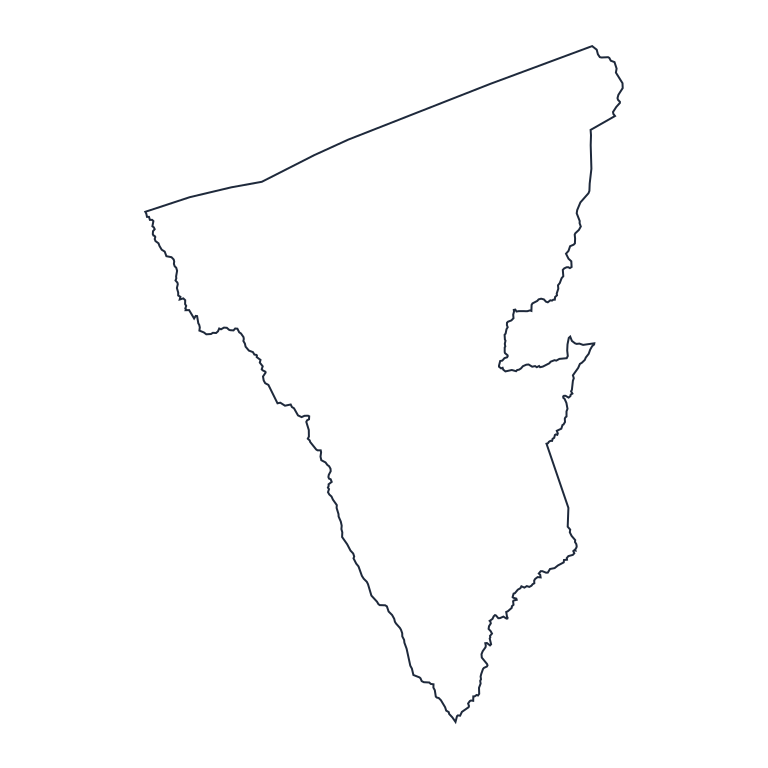 Chifunde, Tete, Mozambique
{"feature_id": "85939544B38440784035247", "entity_name": "Chifunde", "entity_type": "district", "adm_level": 2, "iso_a3": "MOZ", "parent_name": "Mozambique", "parent_adm1": "Tete", "projection": "robinson", "projection_center": [32.901, -14.712], "detail": "fine", "context": "isolated", "style": "outline", "palette": "slate", "viewbox_px": 768, "rotation_deg": 0, "n_neighbors": 0, "source": "geoboundaries", "source_scale": "gbopen_adm2", "svg_char_len": 6110}
<svg xmlns="http://www.w3.org/2000/svg" viewBox="0 0 768 768"><path d="M615.0,116.0L613.4,114.0L613.0,112.0L616.3,106.9L619.9,102.9L619.9,101.8L618.0,99.8L617.5,98.1L618.4,94.8L622.7,88.1L622.5,83.2L615.9,72.6L616.6,68.6L614.5,62.1L610.8,60.7L609.3,57.9L608.1,57.2L601.4,57.5L599.8,57.1L597.9,54.3L596.7,49.7L592.1,46.1L490.2,83.9L348.3,139.6L314.3,155.1L261.8,181.8L231.4,187.3L189.7,197.2L145.3,211.8L146.3,213.7L147.0,216.9L149.0,216.9L149.9,219.9L152.2,219.9L153.4,221.1L152.4,226.3L153.8,227.3L154.7,229.2L153.0,231.2L152.8,234.2L153.5,235.6L154.5,235.8L155.3,237.0L154.7,239.0L155.5,241.1L158.5,243.3L159.5,246.0L161.7,249.7L164.7,251.6L166.4,256.2L171.5,257.2L173.7,259.5L174.2,261.5L173.9,263.9L174.7,266.3L176.2,267.7L177.1,270.8L176.1,276.4L176.3,278.4L175.5,280.5L177.4,282.6L177.8,284.2L176.9,288.0L178.2,292.6L178.2,295.5L180.4,296.8L179.7,299.5L183.3,298.4L185.2,300.2L185.1,304.1L186.2,305.9L185.3,308.5L185.9,309.2L185.6,310.2L189.1,310.1L194.1,318.5L195.7,315.9L197.1,316.1L198.3,323.3L199.2,324.8L199.8,327.4L199.4,330.6L203.8,332.4L206.3,334.3L211.0,334.0L212.9,332.8L216.1,333.0L218.0,331.3L219.2,328.5L221.0,329.3L224.0,327.6L226.8,327.8L229.2,329.9L230.3,330.2L233.5,330.4L235.2,328.5L237.4,328.7L239.2,332.3L241.0,333.5L243.5,337.1L243.8,339.0L243.4,341.0L244.9,343.6L245.6,346.7L248.9,350.6L252.9,352.1L254.4,354.6L256.4,354.9L256.9,355.4L256.7,357.1L260.5,359.9L259.8,362.6L262.7,366.3L261.7,369.3L262.6,370.3L265.4,371.7L265.6,372.6L263.0,376.5L263.7,380.5L265.2,383.2L268.4,384.9L277.5,403.3L280.3,402.7L285.0,405.7L290.7,404.5L291.9,407.0L294.0,408.3L298.0,415.4L301.6,417.1L304.5,415.8L308.0,415.7L309.2,416.3L309.0,419.3L307.1,420.3L306.3,421.9L308.8,430.0L308.9,436.6L307.8,438.7L309.7,440.4L310.2,442.0L316.2,449.5L317.5,450.3L320.7,450.3L321.1,452.2L320.5,456.6L321.3,460.2L325.5,462.4L327.4,465.0L329.1,466.2L330.5,468.7L330.7,471.2L328.8,474.8L328.4,477.0L329.0,478.6L330.7,479.3L331.7,481.9L328.6,484.3L328.6,486.1L327.9,487.6L329.0,489.1L328.0,492.2L329.3,494.5L331.5,496.5L332.9,499.6L336.8,505.1L336.6,507.9L338.5,514.1L338.6,516.5L340.8,521.6L341.7,525.7L341.4,529.1L342.3,532.3L342.1,537.0L347.2,544.3L350.5,550.6L353.2,553.5L354.2,556.5L353.5,558.3L356.2,563.6L358.5,566.4L361.9,575.9L363.7,578.7L366.8,581.8L368.0,584.2L371.4,595.6L377.0,601.7L378.4,604.1L379.7,605.1L385.2,605.3L386.9,606.4L388.6,611.5L392.1,615.0L394.2,618.8L394.9,621.7L396.0,623.5L399.9,627.9L401.0,629.8L402.2,633.2L402.3,636.4L404.1,639.9L404.4,642.7L406.6,648.7L410.3,665.7L411.9,668.6L413.4,675.0L419.5,677.4L420.5,678.3L421.7,681.1L423.8,682.2L429.3,682.5L430.7,683.9L433.5,684.3L433.4,687.6L434.8,690.2L435.8,696.6L436.9,697.6L438.7,698.0L440.9,700.2L445.1,707.2L446.2,710.6L448.7,712.1L449.2,714.0L452.3,717.3L455.5,721.9L457.0,716.2L457.9,715.4L460.1,715.7L461.9,711.9L468.6,707.2L469.0,706.0L468.1,703.5L469.8,701.1L471.0,700.5L473.2,700.8L473.3,696.4L474.6,696.4L476.6,695.0L478.0,695.5L479.2,693.8L479.0,687.8L480.6,683.6L480.2,680.8L481.0,679.3L480.6,676.5L481.3,673.8L483.0,669.0L483.9,667.9L486.9,666.5L487.5,665.4L487.1,664.1L481.8,657.6L481.5,654.2L482.7,651.2L485.5,647.3L485.8,645.7L485.3,643.2L486.9,643.0L490.0,645.4L491.1,644.3L489.7,638.5L490.3,637.3L490.0,635.9L492.0,633.6L490.7,631.2L488.6,628.9L489.0,626.2L490.8,623.4L490.4,621.6L489.7,620.9L492.5,618.9L493.7,616.3L495.0,615.1L496.0,615.5L498.3,618.2L500.0,618.1L503.4,616.6L506.5,618.6L507.4,618.5L507.6,617.8L507.0,616.6L506.2,612.0L507.9,611.2L511.7,607.9L511.9,606.2L513.5,604.8L513.1,601.3L513.5,600.6L516.7,599.8L516.3,598.6L513.4,597.8L512.6,597.1L513.6,593.6L514.9,593.2L517.8,589.7L520.4,588.2L521.4,586.3L524.4,587.6L526.8,586.1L529.3,586.9L531.5,585.7L532.6,584.2L534.3,583.3L534.2,580.5L535.2,578.9L537.6,577.1L540.6,577.4L540.2,574.8L538.8,573.5L540.7,571.2L542.4,571.2L546.1,572.7L547.8,572.6L550.0,569.0L554.6,568.1L558.0,565.4L563.7,562.4L564.0,560.0L567.0,559.7L566.8,558.0L568.4,556.1L572.8,554.9L574.3,553.3L573.3,551.1L574.4,550.1L575.5,550.5L575.3,549.3L576.4,547.6L576.7,546.3L576.3,544.1L575.0,542.0L575.2,540.1L571.6,535.9L569.8,532.3L570.2,529.6L567.7,526.7L568.4,507.9L546.5,443.7L547.9,443.3L548.9,441.8L550.4,440.9L552.1,440.9L552.6,438.8L554.2,437.8L554.9,435.0L555.9,434.4L557.3,434.8L557.8,433.4L556.8,430.8L561.3,428.7L562.5,425.0L563.5,424.5L565.0,422.0L564.8,418.7L565.3,417.5L566.5,416.5L566.5,411.4L567.5,408.8L566.4,402.9L564.6,398.9L563.3,397.8L563.2,396.4L564.0,395.8L565.5,395.8L568.6,397.6L570.4,396.1L570.7,394.6L572.4,393.6L571.1,391.3L571.9,389.8L572.9,380.8L573.8,378.2L572.9,375.3L578.2,367.9L579.9,363.9L581.8,362.8L584.8,359.9L585.8,357.5L588.7,353.8L590.2,349.6L592.2,346.1L594.1,344.5L594.3,343.3L583.1,344.9L579.4,343.6L576.6,343.9L575.0,343.3L571.9,340.9L570.2,336.6L568.8,337.9L567.5,344.4L567.2,350.5L567.8,356.0L566.7,358.2L559.4,358.9L556.3,360.6L554.5,360.2L550.6,361.7L549.3,363.3L542.8,366.6L540.1,367.2L539.1,366.0L536.8,367.2L535.1,366.1L532.2,366.7L528.6,364.5L526.3,364.7L522.9,366.2L521.0,368.4L519.0,369.7L517.2,370.0L516.1,371.2L511.8,370.0L505.4,371.4L503.2,369.6L502.6,367.8L501.1,368.4L499.0,366.7L499.0,365.6L500.2,361.0L502.3,360.6L504.5,358.1L507.1,357.3L507.7,356.2L507.6,355.3L505.0,353.1L504.7,352.1L504.7,347.4L505.3,346.5L504.8,343.9L505.5,340.7L504.9,339.5L504.6,334.8L505.6,333.6L506.5,329.2L507.7,327.2L506.9,325.1L507.0,322.7L508.0,321.7L511.4,320.4L513.5,318.2L513.2,314.7L514.0,311.6L513.8,309.9L515.3,309.6L516.5,311.5L519.1,311.1L527.3,311.2L530.0,310.4L531.4,310.9L531.6,304.9L532.5,303.4L537.3,300.9L538.6,299.4L541.1,298.7L543.9,299.4L546.0,301.7L547.8,302.3L550.3,300.3L552.0,300.6L553.3,299.7L554.8,299.7L555.1,297.0L557.0,295.3L556.7,293.6L558.3,288.7L558.0,285.3L559.8,283.0L561.6,278.2L563.3,276.2L562.8,269.9L564.2,268.4L566.5,267.3L568.2,267.2L569.9,268.1L571.6,267.0L571.3,261.3L568.5,258.7L566.0,253.7L568.5,250.9L570.1,246.2L573.6,244.7L574.9,243.4L575.1,238.5L574.7,234.6L575.3,233.3L578.9,229.9L580.8,226.5L579.6,223.2L579.7,221.0L576.7,213.3L577.2,210.1L580.4,202.4L588.5,193.2L589.4,190.9L589.7,183.5L591.4,168.8L590.7,145.2L591.0,135.2L590.6,129.9L615.0,116.0Z" fill="none" stroke="#1e293b" stroke-width="2"/></svg>